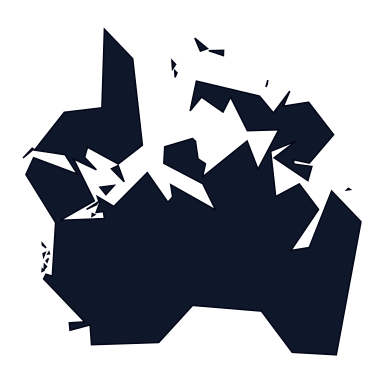 Belmullet-Lea-3, Mayo, Ireland (Albers equal-area conic projection), rotated 90°
{"feature_id": "5873133B47562740874876", "entity_name": "Belmullet-Lea-3", "entity_type": "district", "adm_level": 2, "iso_a3": "IRL", "parent_name": "Ireland", "parent_adm1": "Mayo", "projection": "albers", "projection_center": [-9.902, 54.113], "detail": "medium", "context": "isolated", "style": "filled", "palette": "ink", "viewbox_px": 384, "rotation_deg": 90, "n_neighbors": 0, "source": "geoboundaries", "source_scale": "gbopen_adm2", "svg_char_len": 1927}
<svg xmlns="http://www.w3.org/2000/svg" viewBox="0 0 384 384"><g transform="rotate(90 192 192)"><path d="M344.7,292.5L342.5,225.3L305.4,191.4L311.1,122.6L352.3,91.8L354.8,47.7L221.7,23.0L191.0,52.4L247.5,74.8L250.5,93.1L209.5,65.4L183.9,84.7L196.6,108.3L151.3,113.3L141.3,88.3L157.8,109.9L180.6,76.1L166.5,72.1L164.1,90.1L159.8,90.5L163.1,74.7L134.7,50.4L102.2,75.4L106.1,100.5L91.1,94.2L112.9,110.6L96.1,124.5L81.1,187.6L110.9,193.9L97.1,182.5L112.1,161.0L97.1,153.4L130.7,136.6L129.8,105.3L169.1,126.0L141.0,136.9L176.9,181.4L163.8,178.5L158.8,186.0L141.3,188.5L138.5,191.5L146.8,219.3L163.3,220.2L183.7,181.3L210.0,168.4L184.7,213.3L197.0,211.4L202.2,216.1L172.6,236.7L206.4,270.2L196.4,286.8L203.5,284.5L212.5,287.9L211.6,280.6L218.6,279.6L220.3,323.7L200.9,289.6L159.0,310.4L169.8,287.6L157.3,299.4L147.2,296.5L164.0,265.8L145.2,241.6L58.7,251.3L29.2,279.6L107.8,282.1L112.3,319.7L150.1,349.5L154.7,319.0L174.1,306.6L157.7,350.4L174.6,358.1L222.6,328.4L276.1,331.7L274.2,338.1L278.9,340.4L321.9,299.3L322.8,314.7L330.3,314.0L324.9,293.9L344.7,292.5ZM168.8,272.6L181.8,259.8L165.5,265.8L168.8,272.6ZM194.7,278.1L185.4,269.7L187.2,284.1L194.7,278.1ZM50.7,175.2L55.6,160.6L50.3,160.4L50.7,175.2ZM51.1,183.6L48.6,176.5L38.1,189.2L51.1,183.6ZM158.0,361.0L149.1,350.5L148.2,351.8L158.0,361.0ZM204.7,287.5L209.4,297.5L202.1,286.2L204.7,287.5ZM69.0,211.5L64.4,208.4L60.4,212.1L69.0,211.5ZM245.0,341.7L247.9,337.9L243.2,341.7L245.0,341.7ZM84.0,116.7L80.1,116.2L87.0,118.1L84.0,116.7ZM77.3,208.9L72.8,207.0L70.6,209.3L77.3,208.9ZM266.6,337.5L264.4,339.6L269.3,339.8L266.6,337.5ZM254.0,336.2L253.8,334.5L252.1,335.1L254.0,336.2ZM258.3,335.5L260.8,337.9L262.1,337.0L258.3,335.5ZM253.6,340.9L256.7,340.4L252.6,338.8L253.6,340.9ZM190.0,37.3L189.5,33.8L188.3,35.6L190.0,37.3ZM271.4,342.0L270.5,340.2L268.9,341.7L271.4,342.0ZM216.3,292.0L214.7,289.2L213.5,291.7L216.3,292.0Z" fill="#0f172a" stroke="#020617" stroke-width="1.5"/></g></svg>